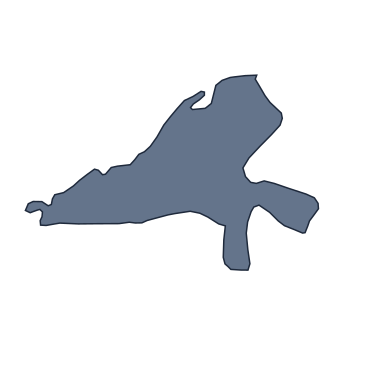 the district of Al-Risafa, Baghdad, Iraq, rotated 224°
{"feature_id": "34846034B3571197787035", "entity_name": "Al-Risafa", "entity_type": "district", "adm_level": 2, "iso_a3": "IRQ", "parent_name": "Iraq", "parent_adm1": "Baghdad", "projection": "natural_earth1", "projection_center": [44.486, 33.326], "detail": "fine", "context": "isolated", "style": "filled", "palette": "slate", "viewbox_px": 384, "rotation_deg": 224, "n_neighbors": 0, "source": "geoboundaries", "source_scale": "gbopen_adm2", "svg_char_len": 1589}
<svg xmlns="http://www.w3.org/2000/svg" viewBox="0 0 384 384"><g transform="rotate(224 192 192)"><path d="M97.5,174.7L100.5,180.6L111.9,189.4L124.4,200.1L131.2,209.1L135.8,218.9L137.1,224.1L134.7,229.1L122.0,231.3L109.8,231.1L102.1,232.0L93.3,235.6L83.9,239.3L82.4,241.3L85.1,247.9L87.4,252.8L88.3,259.9L89.4,267.8L92.0,270.1L93.4,271.4L99.9,272.8L108.4,269.8L125.1,261.7L138.8,255.3L147.8,250.1L151.7,242.9L156.5,239.7L164.2,240.2L172.1,244.7L174.7,256.2L174.7,258.2L174.9,272.1L174.7,288.6L175.1,301.3L178.2,307.7L182.6,310.8L198.1,310.6L206.4,312.0L216.0,314.7L224.9,317.1L226.6,321.0L234.5,312.7L241.5,304.2L244.1,300.9L247.9,293.2L248.9,285.3L239.6,269.1L240.6,261.4L244.7,256.6L247.7,253.1L249.0,251.6L251.7,251.7L252.2,256.2L250.7,263.5L250.3,270.2L252.5,272.5L255.4,270.7L257.6,261.5L261.0,252.5L260.6,241.7L259.9,231.6L258.8,220.6L255.4,207.2L253.7,195.8L254.2,187.9L256.4,182.2L255.6,175.4L255.4,168.7L263.5,158.9L267.1,153.5L266.6,144.7L268.4,142.3L274.5,142.6L278.0,140.7L279.5,132.3L281.0,122.3L281.5,114.0L283.9,102.4L288.8,94.7L287.6,90.1L284.5,85.3L285.9,82.2L293.3,80.8L299.7,74.8L301.6,69.8L299.0,63.0L294.0,64.7L292.4,68.1L290.5,71.9L289.3,73.8L285.8,73.8L284.2,71.9L282.7,70.0L281.3,65.9L277.9,63.0L273.7,66.6L268.7,73.5L267.5,75.1L265.5,77.8L251.6,90.1L238.2,103.3L222.5,118.6L216.1,126.7L211.3,130.3L206.6,135.0L204.5,140.3L200.2,147.5L193.4,158.8L189.4,164.5L179.9,176.9L171.6,182.2L163.2,185.0L150.6,187.6L144.5,190.8L135.8,179.6L124.1,166.7L118.3,163.2L114.4,163.4L110.3,163.3L102.3,170.1L97.5,174.7Z" fill="#64748b" stroke="#1e293b" stroke-width="1.5"/></g></svg>